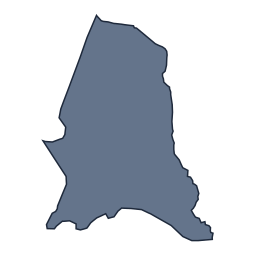 the district of Gbehlay-Geh, Nimba, Liberia
{"feature_id": "62588387B4114270001160", "entity_name": "Gbehlay-Geh", "entity_type": "district", "adm_level": 2, "iso_a3": "LBR", "parent_name": "Liberia", "parent_adm1": "Nimba", "projection": "robinson", "projection_center": [-8.457, 7.361], "detail": "fine", "context": "isolated", "style": "filled", "palette": "slate", "viewbox_px": 256, "rotation_deg": 0, "n_neighbors": 0, "source": "geoboundaries", "source_scale": "gbopen_adm2", "svg_char_len": 1996}
<svg xmlns="http://www.w3.org/2000/svg" viewBox="0 0 256 256"><path d="M47.2,228.6L54.4,228.8L56.4,226.1L62.4,221.2L63.5,221.3L69.6,220.8L76.1,223.9L76.1,228.8L80.4,229.9L83.4,229.1L86.2,228.3L87.0,228.0L90.7,222.8L91.3,222.3L92.7,221.1L95.1,219.2L96.7,217.9L101.7,215.6L103.3,214.8L103.9,214.6L105.7,213.7L107.3,216.5L108.3,218.3L112.3,217.2L114.0,216.8L118.0,211.1L121.6,208.1L131.0,208.5L141.6,209.6L142.8,210.2L148.7,213.0L150.6,213.8L156.0,216.9L159.2,218.7L171.2,225.5L175.1,229.2L182.8,236.5L183.4,236.8L191.8,240.6L198.1,240.6L212.3,239.4L212.2,237.5L212.4,236.3L213.0,233.2L210.8,232.5L210.3,230.7L210.5,227.6L208.9,225.7L205.4,224.6L204.9,221.7L201.1,222.7L199.2,218.4L196.2,217.4L195.4,217.1L193.5,214.2L191.3,210.4L191.5,210.1L192.7,208.9L193.4,208.2L193.9,207.3L194.6,206.3L195.2,205.1L196.1,202.3L198.2,199.4L197.8,196.5L198.8,193.5L197.5,189.0L196.6,185.8L194.5,184.2L192.9,183.6L192.8,182.2L192.6,180.6L190.5,177.2L187.5,176.4L187.9,170.4L182.7,167.7L181.1,164.3L179.2,159.9L176.9,157.1L175.5,155.4L175.2,155.1L174.3,153.8L173.8,149.6L173.8,145.0L174.2,143.0L172.9,139.6L172.8,139.3L171.7,135.0L173.1,131.1L172.6,129.6L172.5,129.1L171.9,121.4L172.3,115.3L172.5,112.2L172.2,104.7L170.7,94.7L170.7,92.0L170.6,91.7L169.6,88.9L169.5,87.1L167.3,85.5L165.2,83.5L163.8,82.1L163.4,78.8L162.5,76.2L162.5,73.5L165.1,71.2L166.5,65.2L166.8,57.6L167.1,55.0L166.7,51.3L165.0,48.7L162.4,46.9L158.5,45.3L155.2,43.7L145.9,35.9L136.5,28.1L134.3,27.8L133.5,25.8L124.6,24.7L121.5,24.2L114.9,23.5L114.0,23.5L108.1,21.9L103.3,21.4L101.2,20.7L97.0,16.1L96.5,15.4L87.1,37.4L83.6,47.4L80.1,57.4L70.5,83.2L69.4,86.2L63.7,101.2L60.8,109.0L60.0,113.3L59.1,117.8L65.7,127.1L64.9,134.2L64.9,134.5L62.7,138.3L61.8,138.6L59.8,139.2L52.4,142.0L45.2,141.5L43.0,140.8L46.8,146.7L47.2,147.3L56.2,161.2L66.1,176.4L66.2,177.9L66.2,178.8L66.5,184.3L62.3,194.4L57.6,205.9L57.3,208.5L57.2,208.9L56.3,210.4L55.6,211.5L53.5,212.6L52.2,213.3L46.5,224.6L47.2,228.6Z" fill="#64748b" stroke="#1e293b" stroke-width="1.5"/></svg>